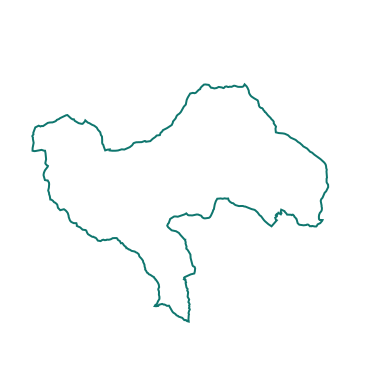 the district of Apold, Mures, Romania, rotated 158°
{"feature_id": "2599482B12503571403432", "entity_name": "Apold", "entity_type": "district", "adm_level": 2, "iso_a3": "ROU", "parent_name": "Romania", "parent_adm1": "Mures", "projection": "mercator", "projection_center": [24.86, 46.147], "detail": "fine", "context": "isolated", "style": "outline", "palette": "teal", "viewbox_px": 384, "rotation_deg": 158, "n_neighbors": 0, "source": "geoboundaries", "source_scale": "gbopen_adm2", "svg_char_len": 6043}
<svg xmlns="http://www.w3.org/2000/svg" viewBox="0 0 384 384"><g transform="rotate(158 192 192)"><path d="M102.9,272.1L104.7,270.7L106.2,270.7L110.0,272.3L112.2,274.2L113.2,274.8L115.9,274.7L117.8,275.6L118.7,275.6L119.5,276.0L120.3,276.9L121.0,277.1L122.1,277.2L123.1,276.6L124.0,276.6L125.2,277.8L127.9,279.4L130.3,279.2L132.5,279.7L134.2,281.0L135.2,281.4L136.3,285.0L139.3,286.7L140.7,287.1L143.8,286.0L145.5,285.0L145.9,284.3L147.5,284.2L151.2,282.6L152.5,282.6L154.1,283.6L156.8,284.0L160.5,281.2L162.4,279.4L165.0,275.4L167.6,274.2L172.3,270.4L174.3,269.4L176.5,268.9L177.8,268.2L179.7,266.3L183.2,264.5L183.8,263.5L185.7,261.7L191.2,260.6L195.9,260.2L196.8,259.4L199.1,258.5L200.5,256.8L203.7,257.6L205.2,256.8L208.6,256.0L211.6,254.8L215.8,255.8L216.1,256.1L216.1,256.6L216.8,257.0L220.0,257.1L225.1,259.0L227.2,259.2L228.0,259.1L230.1,257.7L232.9,256.9L238.8,256.7L241.2,257.9L245.0,258.2L247.7,259.0L250.6,260.2L252.8,261.4L252.3,262.3L254.5,262.9L256.9,263.1L256.8,267.1L256.6,269.0L257.0,270.1L256.9,271.2L255.6,274.4L254.7,277.2L255.1,279.0L254.7,281.8L255.9,285.0L256.2,287.4L257.8,290.1L259.6,291.9L261.3,294.2L262.6,295.4L264.1,298.4L265.0,297.5L267.9,296.2L268.9,296.6L271.3,298.3L274.1,302.0L274.3,303.7L275.4,304.0L276.6,305.6L278.7,310.0L280.0,310.3L286.6,309.9L288.1,309.5L290.3,309.5L291.4,308.9L293.0,308.7L295.3,308.8L297.7,309.7L299.8,310.1L305.4,308.9L307.1,309.6L307.9,309.5L309.3,310.9L313.1,310.6L317.0,306.3L317.5,304.7L318.8,304.0L319.2,303.4L319.1,302.0L319.6,301.0L320.4,296.9L323.3,292.5L324.4,290.0L323.0,289.0L321.7,288.6L315.7,287.4L313.8,285.8L312.8,285.3L313.3,282.8L315.0,277.0L317.2,273.7L317.2,272.9L316.6,271.2L315.8,270.1L316.3,269.5L320.2,267.2L322.0,265.4L323.0,263.9L323.4,263.0L323.9,258.2L322.3,257.1L321.5,256.8L321.1,254.3L321.5,252.8L323.1,249.6L324.8,247.2L324.9,244.6L325.3,243.6L325.4,241.4L326.2,238.1L325.3,237.6L324.3,236.1L323.7,234.2L323.2,233.8L322.0,231.8L321.7,230.5L322.2,227.6L321.0,224.5L317.2,224.0L316.2,222.5L315.6,221.0L315.2,219.6L315.1,218.7L315.3,216.3L315.7,214.9L315.8,211.3L315.2,209.5L313.4,207.5L310.9,206.4L311.1,204.7L311.5,203.7L308.9,201.0L307.6,198.1L305.0,196.6L304.7,196.2L304.5,195.8L304.5,193.5L304.2,191.8L301.4,188.0L300.7,187.5L300.1,187.4L299.4,186.3L298.6,185.8L298.1,184.8L297.5,182.2L295.1,180.7L293.4,181.1L292.1,181.0L291.1,180.1L289.5,179.6L288.7,179.7L287.0,178.9L285.1,178.6L282.7,178.9L279.3,177.6L278.7,176.9L278.7,175.6L278.4,175.0L277.3,173.6L277.1,171.1L275.8,170.8L275.3,169.3L275.1,168.1L274.3,166.4L274.0,166.2L273.9,164.8L273.6,164.9L272.8,163.4L272.2,162.8L272.2,162.5L271.3,161.8L270.0,160.0L267.3,158.2L266.9,157.4L265.7,156.2L264.9,154.7L264.7,154.2L264.9,151.9L263.8,149.1L263.2,146.7L263.5,145.2L263.3,142.5L263.9,140.5L264.0,138.6L264.5,137.6L264.1,136.3L264.0,135.1L263.8,133.9L263.3,133.5L262.8,131.9L261.6,130.7L260.0,128.3L259.2,127.5L259.2,126.6L258.6,125.3L258.7,124.5L258.3,124.1L257.6,120.8L257.5,118.6L258.1,116.1L259.4,114.9L259.9,114.0L259.8,112.9L260.1,111.5L261.2,109.1L261.5,106.7L261.9,106.2L262.2,105.1L264.5,103.4L266.7,101.1L268.1,101.1L269.3,100.2L268.2,99.6L266.0,99.0L264.7,99.8L261.6,99.4L260.4,98.2L259.7,98.0L259.3,97.6L257.8,95.8L255.9,95.2L255.0,88.6L254.6,87.3L253.3,85.4L252.9,84.6L252.6,83.5L251.3,82.2L251.2,81.6L248.2,79.0L247.1,76.1L245.7,75.6L245.4,75.2L245.4,74.8L244.9,74.1L243.6,73.1L243.3,74.0L243.6,74.3L243.5,74.6L243.1,75.0L241.2,79.0L240.6,79.7L240.6,81.0L239.2,82.9L238.1,83.8L238.0,84.4L238.3,85.5L237.6,86.3L237.3,86.9L237.2,87.9L236.3,88.7L236.3,90.2L236.6,91.0L236.5,91.4L234.9,93.4L235.3,96.5L233.2,100.4L233.1,101.5L233.4,102.3L232.4,103.7L232.9,105.4L232.0,110.1L231.4,110.3L231.3,111.9L230.9,112.9L231.1,113.7L231.8,113.6L232.2,114.2L231.3,114.9L231.3,115.6L230.6,115.8L224.1,116.1L220.4,115.6L219.2,117.2L217.7,120.0L217.7,121.6L218.8,122.9L219.0,123.7L218.0,131.4L216.9,134.6L217.5,138.7L217.9,140.5L218.5,141.5L218.3,142.2L217.5,143.4L217.3,146.6L216.7,147.7L216.4,150.0L216.2,150.3L216.6,150.5L218.8,156.5L219.5,159.0L221.5,161.6L225.2,164.1L227.3,168.3L227.5,169.6L227.6,170.0L226.2,171.5L225.2,171.9L222.3,175.2L217.8,176.0L216.2,175.4L214.4,174.4L207.2,174.0L205.3,174.3L204.4,172.2L203.6,171.5L200.2,170.1L196.1,169.4L194.8,168.8L192.3,166.5L191.9,164.6L190.9,163.3L189.9,162.7L186.0,161.7L184.7,162.0L183.2,163.1L180.2,165.9L179.1,167.3L178.2,167.8L175.6,171.9L173.4,174.5L171.1,176.3L167.9,175.3L166.0,174.2L164.1,173.9L162.7,173.0L160.9,172.4L161.1,170.8L160.5,168.8L159.3,167.0L157.9,166.0L157.3,164.6L156.5,163.5L153.8,161.4L150.1,160.0L149.0,159.0L148.0,158.5L143.1,153.8L140.9,152.2L140.3,151.5L138.9,148.6L138.0,145.1L137.0,143.6L135.9,139.2L135.3,137.6L133.2,133.5L131.1,130.4L124.0,134.0L124.6,134.7L124.5,137.0L122.6,137.6L123.0,139.1L121.9,139.7L121.6,138.9L119.7,140.4L118.0,138.0L117.0,138.8L117.1,140.1L117.0,140.7L115.9,142.2L113.4,139.6L113.3,138.6L112.6,136.9L112.3,135.4L108.7,133.8L108.2,133.2L107.2,133.3L106.9,133.1L106.3,131.7L106.3,130.6L105.6,129.2L105.6,128.4L105.2,127.8L105.7,123.5L104.8,121.5L101.0,119.3L98.4,118.6L97.4,118.7L96.4,118.1L95.4,116.0L94.3,115.8L93.9,115.4L93.1,115.4L91.2,114.1L89.7,113.5L88.7,114.0L87.7,114.9L84.8,115.1L82.0,116.6L81.5,117.1L84.1,118.3L84.4,119.4L83.6,121.6L82.7,123.2L81.3,124.7L79.4,125.7L78.4,126.7L77.5,128.5L77.3,130.0L76.9,130.9L76.1,135.1L75.7,136.0L74.7,137.0L73.1,137.8L69.3,141.6L67.4,142.4L63.9,145.5L63.1,147.8L63.5,149.9L63.5,150.8L62.2,154.0L61.5,154.7L59.6,160.7L58.7,162.2L58.6,163.8L58.0,165.8L57.8,167.5L58.3,169.7L60.5,174.3L64.6,180.8L65.9,183.5L67.4,185.1L69.0,189.2L71.8,192.7L72.2,194.0L73.8,197.2L74.8,198.4L76.4,201.5L80.2,205.5L81.7,208.7L84.2,211.3L86.0,212.4L89.4,214.1L91.9,215.9L90.9,219.4L89.6,221.2L90.5,225.0L89.9,226.4L90.1,227.7L91.1,229.9L91.4,231.3L92.9,234.8L93.9,238.2L94.5,238.9L94.5,239.9L95.0,240.8L95.2,242.6L95.6,243.5L96.6,244.2L97.4,245.4L97.6,247.1L97.1,248.4L97.2,249.2L96.8,250.9L96.8,252.4L99.3,255.6L101.1,258.3L101.6,259.6L102.0,261.9L101.8,263.4L101.4,264.8L101.5,267.7L101.8,269.5L102.9,272.1Z" fill="none" stroke="#0f766e" stroke-width="2"/></g></svg>